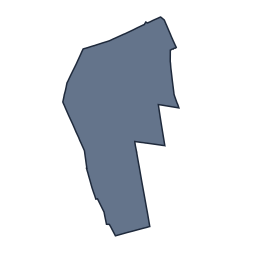 the district of Mihailesti, Buzau, Romania, rotated 81°
{"feature_id": "2599482B24828707257018", "entity_name": "Mihailesti", "entity_type": "district", "adm_level": 2, "iso_a3": "ROU", "parent_name": "Romania", "parent_adm1": "Buzau", "projection": "natural_earth1", "projection_center": [26.667, 44.925], "detail": "fine", "context": "isolated", "style": "filled", "palette": "slate", "viewbox_px": 256, "rotation_deg": 81, "n_neighbors": 0, "source": "geoboundaries", "source_scale": "gbopen_adm2", "svg_char_len": 2568}
<svg xmlns="http://www.w3.org/2000/svg" viewBox="0 0 256 256"><g transform="rotate(81 128 128)"><path d="M161.4,175.3L162.4,175.1L162.6,175.1L163.9,175.0L165.7,174.7L168.7,174.4L173.5,173.8L178.8,173.2L181.3,172.9L185.6,172.2L189.3,171.5L189.9,171.4L193.2,170.9L193.2,169.2L207.3,164.8L211.1,164.7L219.7,164.3L220.3,161.5L222.7,160.6L224.8,159.9L228.3,158.7L232.5,157.3L232.5,157.1L231.7,150.3L231.1,145.2L230.6,139.7L230.1,135.2L229.4,128.6L229.1,125.2L228.7,122.3L228.7,121.9L221.2,122.0L213.7,122.1L210.1,122.2L195.7,122.5L182.5,122.8L168.3,123.0L167.9,123.0L165.3,123.1L153.3,123.3L153.0,123.3L153.0,123.2L152.0,123.3L149.2,123.4L146.4,123.5L143.9,123.5L142.4,123.4L144.4,116.9L144.8,115.3L145.6,112.9L145.9,111.7L146.4,110.1L147.0,108.1L148.5,103.2L149.6,99.6L149.8,98.9L150.4,97.1L150.7,96.1L151.0,94.8L151.2,94.4L150.3,94.4L131.5,94.5L127.7,94.5L123.8,94.5L122.3,94.5L109.6,94.4L110.3,92.1L112.7,84.9L116.1,74.6L112.6,75.2L110.8,75.7L104.9,76.8L103.8,77.0L101.7,77.3L100.6,77.2L87.6,76.8L78.3,76.4L77.6,76.4L75.3,76.3L70.5,75.9L69.1,75.9L67.8,75.7L57.7,74.0L57.6,73.5L57.4,72.9L57.2,72.5L57.0,72.0L57.0,71.6L57.1,70.9L56.7,70.6L56.6,70.2L56.4,69.4L56.5,69.0L56.5,68.6L56.3,68.2L55.9,67.7L55.6,67.8L55.3,67.9L55.0,68.0L54.6,68.1L54.4,68.2L50.8,69.2L49.7,69.5L49.3,69.6L48.9,69.8L48.7,69.8L47.9,70.0L47.0,70.2L45.7,70.6L45.2,70.7L44.2,71.0L43.1,71.2L42.9,71.3L42.3,71.4L41.1,71.7L40.8,71.8L40.1,72.0L39.9,72.0L38.8,72.3L37.6,72.6L36.4,72.9L36.0,73.0L33.6,73.6L31.6,74.1L31.4,74.2L30.6,74.4L29.7,74.6L29.0,74.8L28.5,74.9L27.0,75.3L24.7,77.3L23.5,78.4L23.7,79.4L23.8,80.0L24.1,80.6L24.3,81.6L24.6,82.6L25.1,84.6L25.9,87.5L26.1,87.9L26.2,88.3L26.5,89.3L27.3,92.4L27.2,92.7L26.1,93.8L26.3,94.0L28.1,95.5L28.3,95.6L28.3,95.8L28.6,96.6L28.8,97.6L29.1,98.3L29.4,99.5L29.5,99.7L30.4,102.9L31.4,106.0L31.7,106.9L32.9,110.9L34.1,115.1L34.3,115.6L34.8,117.9L34.8,118.0L35.0,118.6L36.8,125.1L37.2,126.5L37.7,128.5L38.9,132.5L39.3,134.9L39.4,135.6L40.1,140.6L40.2,141.1L41.0,146.3L41.4,148.6L41.4,149.1L41.7,151.2L42.1,153.9L42.3,155.0L42.4,155.9L42.5,156.7L42.6,157.2L42.7,158.5L42.9,159.7L42.9,159.9L43.0,160.0L44.9,161.3L45.0,161.4L48.4,163.6L50.5,165.0L53.8,167.2L56.7,169.1L66.0,175.7L70.5,178.8L71.1,179.2L72.3,180.0L73.9,181.2L77.1,182.4L77.5,182.5L78.5,182.9L81.8,184.2L85.1,185.7L87.1,186.4L92.1,188.3L93.9,187.9L95.6,187.4L98.5,186.7L106.5,184.6L115.2,182.1L120.2,180.8L123.5,180.0L129.7,178.2L132.5,177.6L136.4,176.5L143.5,174.6L144.6,174.6L158.4,174.9L159.8,174.9L160.7,175.0L161.4,174.9L161.4,175.3Z" fill="#64748b" stroke="#1e293b" stroke-width="1.5"/></g></svg>